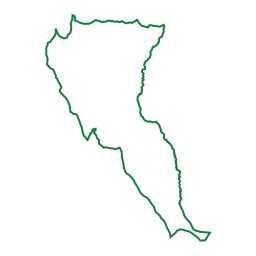 Herrán, Norte de Santander, Colombia
{"feature_id": "7082276B14743342405836", "entity_name": "Herrán", "entity_type": "district", "adm_level": 2, "iso_a3": "COL", "parent_name": "Colombia", "parent_adm1": "Norte de Santander", "projection": "natural_earth1", "projection_center": [-72.49, 7.478], "detail": "fine", "context": "isolated", "style": "outline", "palette": "green", "viewbox_px": 256, "rotation_deg": 0, "n_neighbors": 0, "source": "geoboundaries", "source_scale": "gbopen_adm2", "svg_char_len": 5730}
<svg xmlns="http://www.w3.org/2000/svg" viewBox="0 0 256 256"><path d="M70.6,112.0L71.6,112.4L72.5,113.0L73.0,113.7L73.5,113.9L74.7,114.2L75.6,114.2L76.5,114.5L77.4,115.7L77.9,117.5L79.6,121.5L79.8,122.5L82.2,128.7L82.3,130.8L83.0,133.4L83.9,135.9L85.1,136.9L86.3,138.6L87.6,140.0L88.5,138.3L88.5,137.1L89.1,136.5L89.5,135.7L90.0,135.0L90.1,133.8L90.3,133.3L91.6,132.5L92.4,131.6L92.5,130.8L92.3,129.7L93.3,129.2L95.6,128.8L95.6,129.9L94.7,131.0L94.3,132.1L94.3,132.6L94.6,133.4L94.9,134.1L96.2,135.2L96.9,137.8L97.4,138.7L99.2,140.0L99.0,142.3L99.0,143.5L99.3,143.9L100.2,144.8L102.4,146.1L103.1,147.4L103.9,147.7L105.4,147.3L106.1,147.3L109.8,148.2L113.2,148.5L114.6,149.0L115.4,149.2L117.7,148.4L118.9,147.8L119.7,147.7L121.7,151.8L121.9,157.3L122.3,158.5L122.6,160.5L123.4,163.5L124.0,167.9L124.6,169.8L125.9,172.6L126.3,173.1L127.3,174.0L128.7,174.6L129.8,175.6L130.4,176.5L131.5,177.3L133.7,180.4L135.3,183.4L137.4,186.7L140.2,192.3L141.1,193.4L141.9,194.3L143.5,195.7L147.0,197.8L148.2,198.7L151.8,204.1L154.3,207.5L155.0,210.7L155.4,211.4L156.5,212.7L157.8,213.8L160.5,216.4L160.8,217.6L161.5,218.6L162.5,219.3L163.3,220.1L164.7,222.2L165.9,224.3L166.8,227.4L169.4,232.0L170.1,234.4L170.6,237.0L171.2,236.4L174.0,234.1L175.7,232.5L177.0,230.9L178.9,229.8L180.5,229.4L182.9,229.7L185.3,230.5L187.9,231.0L190.3,232.2L191.7,233.1L194.6,235.3L197.2,237.1L197.7,237.5L199.9,240.2L200.3,240.5L200.9,240.6L205.1,240.3L209.9,232.7L199.8,231.8L197.9,231.0L195.5,230.6L193.3,229.1L192.4,227.4L190.4,223.2L185.3,217.3L184.0,214.9L183.3,211.9L181.3,208.0L179.1,203.0L179.8,202.1L180.1,200.6L181.0,199.6L181.3,198.8L181.1,197.9L180.4,197.4L180.2,196.9L180.5,196.1L180.2,195.7L180.2,195.1L180.7,193.9L180.2,192.7L180.1,191.8L180.2,191.6L180.7,191.4L180.7,191.1L180.4,190.7L180.9,190.3L180.7,190.0L180.7,189.3L180.0,188.2L179.5,186.5L179.7,184.6L179.4,183.5L179.3,182.6L179.5,181.9L179.9,181.3L179.9,180.7L179.5,179.9L178.8,179.0L179.1,178.3L179.1,177.4L180.0,176.9L179.8,176.4L179.2,176.0L179.0,175.5L179.2,174.6L179.8,173.4L180.0,172.1L179.9,171.5L179.5,171.1L178.6,170.8L178.0,170.0L177.1,169.8L176.6,169.2L176.8,168.3L176.1,167.5L176.5,166.9L176.5,165.7L176.3,164.9L176.3,164.2L175.7,163.2L176.3,161.9L175.7,161.4L175.5,160.8L175.7,160.3L176.2,159.8L176.2,159.2L175.8,158.2L174.9,157.3L174.9,156.8L175.3,156.4L175.2,155.9L174.1,154.8L174.2,154.3L174.6,153.9L174.6,153.4L174.0,152.3L174.1,150.7L173.7,149.5L173.2,148.8L172.5,148.9L172.3,148.7L171.9,146.4L171.3,145.4L170.4,144.6L170.0,143.6L169.7,143.4L169.1,143.3L168.8,142.7L168.3,142.4L168.0,141.9L167.1,141.6L166.8,141.1L166.8,140.3L166.4,139.9L165.1,139.7L164.1,138.8L163.8,137.7L164.1,135.9L163.9,134.4L163.3,133.5L162.0,132.8L161.2,131.9L160.9,130.9L160.9,129.6L160.5,129.0L160.4,128.1L159.8,127.2L159.4,125.4L159.1,124.8L158.3,124.2L157.8,123.3L156.6,122.8L156.1,121.7L155.0,122.2L152.2,122.2L150.5,121.5L147.7,121.5L146.4,121.1L145.6,120.7L144.9,120.3L143.6,118.8L143.2,118.2L142.9,117.0L142.7,116.8L142.0,116.5L141.4,115.9L140.8,114.9L140.8,114.0L140.2,112.8L140.2,112.3L140.6,109.5L140.6,108.5L140.0,107.1L139.2,105.8L139.0,104.9L138.8,103.5L138.5,103.2L138.3,102.3L138.0,101.6L138.0,101.2L137.5,100.1L137.4,99.3L137.7,98.2L137.6,97.6L137.9,96.5L138.6,95.9L139.2,94.2L139.8,94.0L140.2,94.4L140.6,94.3L141.3,93.7L141.6,92.9L141.7,90.7L142.1,89.8L141.6,88.0L141.6,87.2L143.5,84.9L143.4,84.6L142.5,83.2L142.3,81.9L142.5,80.6L142.7,80.3L143.2,80.3L143.5,80.1L143.7,79.7L143.4,79.3L142.8,79.0L142.4,78.5L142.6,77.9L143.3,77.6L143.5,77.2L143.0,75.3L143.4,74.6L143.5,73.5L142.3,72.2L142.0,71.6L142.2,70.6L142.5,69.8L142.9,69.4L144.6,69.3L144.9,69.1L145.1,68.7L145.2,67.2L144.4,65.9L144.2,65.0L144.5,63.7L145.2,61.9L145.7,61.2L147.3,60.5L148.3,58.9L149.1,58.3L149.7,57.6L150.7,54.9L150.3,52.4L150.8,51.3L151.9,49.8L152.2,48.5L152.9,47.1L153.3,46.5L154.5,46.7L154.8,46.6L156.2,45.1L157.3,44.5L157.9,43.9L158.0,43.2L159.1,41.6L158.9,39.5L159.4,38.2L160.0,37.5L160.6,37.1L162.1,36.6L162.3,36.1L162.6,34.2L163.6,32.0L163.6,28.0L164.3,26.5L164.1,25.5L163.7,24.8L163.0,25.0L161.6,25.9L160.8,26.1L160.0,26.6L159.3,26.6L155.5,26.0L153.4,26.0L152.0,25.3L149.9,25.2L149.3,25.3L148.1,27.5L147.2,27.1L145.9,26.8L142.6,26.1L141.9,25.9L141.3,25.5L140.4,24.4L138.9,22.9L137.7,20.4L137.5,20.2L136.7,19.9L135.5,21.3L133.5,21.9L132.8,22.3L132.1,23.0L131.6,22.9L130.7,22.5L129.4,22.4L128.2,23.0L127.2,23.2L126.2,23.2L125.6,23.1L122.8,21.7L122.0,21.1L121.7,21.2L120.8,21.8L119.8,22.1L119.1,22.1L118.2,22.0L117.2,21.3L115.0,21.8L114.1,21.6L112.6,21.1L111.8,21.0L110.7,21.3L110.3,21.0L108.0,20.5L106.9,21.2L105.1,21.8L103.7,21.7L102.8,22.2L102.2,22.2L98.2,20.6L95.6,20.2L93.9,21.1L92.2,22.3L90.2,23.3L89.0,23.7L83.9,23.8L79.9,22.7L78.1,21.9L77.7,21.5L76.4,21.0L74.6,20.5L74.8,19.1L75.1,18.0L75.1,17.6L74.3,16.0L74.0,15.8L73.9,16.0L73.6,16.0L72.6,15.4L72.6,16.7L72.3,17.2L72.5,18.0L72.4,18.6L71.5,21.1L71.1,22.7L70.6,23.8L71.0,24.7L71.2,26.4L71.1,27.1L71.3,27.9L71.0,29.6L71.0,30.5L70.5,31.8L70.5,32.8L69.4,33.5L68.7,34.5L68.2,34.5L67.8,34.8L67.6,36.2L67.1,37.4L66.0,37.6L65.5,38.0L64.8,38.3L64.0,38.4L62.6,37.9L59.6,36.2L58.9,35.5L57.5,33.2L55.6,28.6L55.8,31.8L55.7,33.6L54.6,35.8L54.4,36.4L53.8,36.9L53.2,38.0L51.2,40.3L50.4,41.8L49.9,42.2L48.9,42.4L47.6,43.1L47.6,44.7L47.5,45.1L46.5,47.2L46.4,48.4L46.2,49.1L46.4,52.0L46.1,53.5L46.5,55.3L47.5,58.3L47.7,59.2L47.6,59.6L47.3,60.1L47.5,62.2L47.0,64.2L47.2,64.7L48.9,66.4L49.3,67.2L49.8,67.8L51.5,68.8L52.6,69.1L53.8,70.5L54.5,72.6L55.7,75.1L55.9,75.7L55.8,77.1L55.9,77.5L57.2,78.8L58.1,81.1L59.6,83.6L60.3,85.2L61.4,86.9L61.3,87.5L61.0,88.2L60.2,89.2L59.8,90.1L59.7,90.8L59.8,91.2L60.5,92.6L62.4,94.3L62.9,95.0L65.0,97.0L68.5,102.1L68.9,103.9L69.8,106.1L70.1,108.5L70.2,111.0L70.5,111.5L70.6,112.0Z" fill="none" stroke="#15803d" stroke-width="2"/></svg>